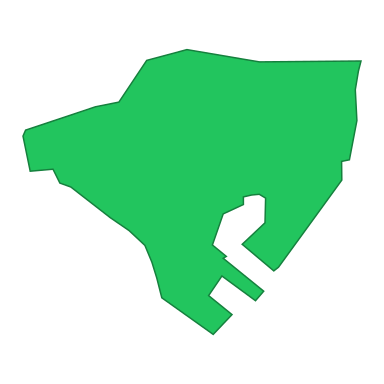 Dong-gu [East District], Busan, South Korea (Albers equal-area conic projection)
{"feature_id": "91817680B24548286345957", "entity_name": "Dong-gu [East District]", "entity_type": "district", "adm_level": 2, "iso_a3": "KOR", "parent_name": "South Korea", "parent_adm1": "Busan", "projection": "albers", "projection_center": [129.049, 35.126], "detail": "fine", "context": "isolated", "style": "filled", "palette": "green", "viewbox_px": 384, "rotation_deg": 0, "n_neighbors": 0, "source": "geoboundaries", "source_scale": "gbopen_adm2", "svg_char_len": 657}
<svg xmlns="http://www.w3.org/2000/svg" viewBox="0 0 384 384"><path d="M361.0,61.0L259.5,61.9L241.0,58.8L186.9,49.6L146.7,60.4L118.9,102.1L95.7,106.7L25.6,130.1L23.0,136.1L30.2,171.2L53.0,169.2L59.9,183.1L70.8,187.0L110.3,217.7L129.1,230.6L144.9,245.4L151.9,262.2L156.8,278.1L161.8,297.8L213.2,334.4L232.0,314.6L208.6,295.6L221.9,276.0L255.5,300.7L263.7,291.2L223.2,258.3L226.3,256.4L212.4,245.0L223.2,213.9L243.4,204.5L243.4,196.9L251.7,195.0L259.3,194.3L265.6,198.1L265.0,222.8L242.2,244.3L273.8,270.9L278.5,267.2L341.8,180.1L341.6,161.4L349.4,159.8L356.9,120.6L355.3,89.7L358.4,71.2L361.0,61.0Z" fill="#22c55e" stroke="#15803d" stroke-width="1.5"/></svg>